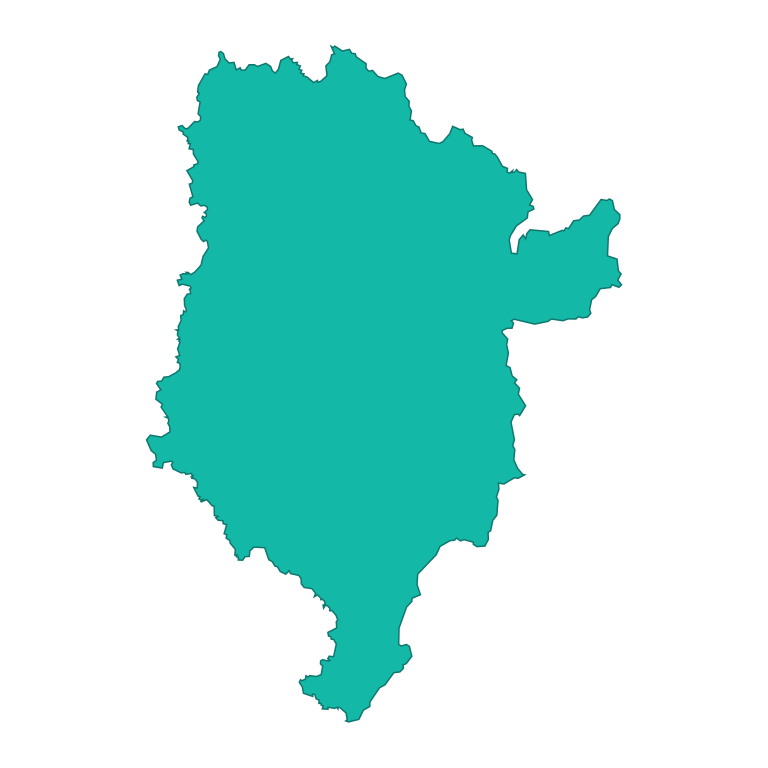 the district of Santa Catarina, Santa Catarina, Cabo Verde
{"feature_id": "66160863B9089914822408", "entity_name": "Santa Catarina", "entity_type": "district", "adm_level": 2, "iso_a3": "CPV", "parent_name": "Cabo Verde", "parent_adm1": "Santa Catarina", "projection": "mercator", "projection_center": [-23.734, 15.091], "detail": "fine", "context": "isolated", "style": "filled", "palette": "teal", "viewbox_px": 768, "rotation_deg": 0, "n_neighbors": 0, "source": "geoboundaries", "source_scale": "gbopen_adm2", "svg_char_len": 6048}
<svg xmlns="http://www.w3.org/2000/svg" viewBox="0 0 768 768"><path d="M406.4,83.9L402.0,75.2L398.2,73.1L384.8,78.5L377.9,76.5L372.5,70.4L368.6,71.2L366.0,68.1L366.1,63.7L356.3,56.9L355.2,53.7L351.7,53.3L349.5,49.4L342.3,51.0L334.8,46.1L333.2,47.6L331.2,46.4L334.6,54.0L331.7,54.7L329.9,61.8L325.9,65.9L327.0,75.7L320.5,81.5L317.9,82.3L317.4,80.5L313.6,82.6L307.2,77.1L303.1,75.7L304.0,73.9L300.6,73.1L301.8,70.3L299.0,69.5L300.3,66.0L296.7,64.5L297.4,62.4L293.0,62.7L291.6,60.1L292.6,58.7L290.4,59.0L288.5,56.5L280.8,60.4L278.5,69.1L275.4,73.1L272.4,71.0L270.6,66.4L265.9,63.4L257.4,66.5L254.3,64.7L249.0,64.8L245.3,70.0L241.2,70.2L240.2,67.8L236.3,69.9L234.0,62.4L229.2,63.0L224.9,58.8L223.5,53.7L220.9,51.6L219.1,52.2L218.6,55.8L220.3,59.2L217.1,66.6L209.4,70.1L207.7,74.5L205.1,73.8L198.4,85.6L197.6,92.3L199.3,93.1L196.8,97.4L197.3,100.4L200.1,102.0L198.1,113.9L200.7,116.6L200.3,120.3L197.7,122.1L194.6,121.5L188.0,128.3L185.3,128.8L182.1,125.5L178.3,126.8L179.1,129.9L183.2,132.0L183.2,134.2L187.6,137.2L187.8,140.4L186.5,141.0L188.5,141.1L188.2,143.6L190.3,143.6L189.1,148.8L193.3,149.5L193.4,154.0L198.2,161.9L197.4,163.8L193.9,164.9L193.9,166.7L186.9,170.6L192.8,180.8L192.0,183.4L189.3,184.1L192.9,196.8L190.1,198.1L189.2,202.0L190.7,205.2L197.6,203.1L200.7,205.9L204.6,205.4L207.2,207.1L207.5,209.6L204.2,212.6L206.2,213.5L206.4,216.1L205.1,217.4L202.6,216.3L202.0,217.8L204.1,220.8L197.7,226.9L197.0,231.3L201.2,239.4L203.6,241.6L205.6,240.1L207.4,241.4L208.5,247.9L203.1,256.4L201.0,265.2L194.9,272.0L190.8,274.7L188.1,272.4L186.4,272.4L187.8,273.5L186.7,274.0L183.0,273.7L180.1,275.1L181.9,279.3L177.3,280.2L179.2,285.6L182.3,284.2L189.9,286.0L191.2,287.9L188.9,289.8L190.1,289.5L190.6,293.9L187.3,294.1L184.3,298.7L184.6,305.5L186.6,310.2L185.3,311.9L183.6,310.8L183.2,314.7L180.7,315.5L181.1,320.6L178.2,326.7L178.8,329.7L176.3,330.0L178.0,330.9L177.4,334.9L179.5,338.0L177.7,339.2L179.9,339.6L178.9,341.1L180.0,342.2L177.6,348.8L179.7,355.5L175.9,356.9L178.5,359.5L177.3,362.4L179.8,363.4L180.2,367.0L179.5,369.7L175.5,373.0L168.4,376.8L164.0,377.1L161.5,381.2L157.7,381.4L156.5,383.5L160.9,389.9L156.7,392.1L155.9,399.3L162.4,404.1L161.1,407.1L167.7,416.7L165.6,417.1L168.1,418.1L168.9,420.5L167.9,423.3L169.8,426.9L169.9,431.9L161.5,437.1L150.3,435.2L146.5,439.8L151.2,450.6L155.7,454.4L156.4,460.4L153.2,462.5L153.3,466.6L162.3,468.1L163.4,462.6L171.3,461.2L172.9,462.3L171.3,464.8L173.1,469.0L181.3,472.9L184.8,472.4L185.8,474.4L191.5,473.4L192.3,476.3L190.5,477.2L193.0,476.1L192.0,478.3L195.1,478.9L197.5,482.4L197.2,488.0L193.7,487.4L198.1,496.2L200.1,496.6L198.9,499.0L201.4,500.2L203.7,499.0L200.8,501.4L201.4,501.8L206.8,499.6L212.1,505.8L214.1,505.9L214.4,515.6L218.1,516.4L215.8,517.7L218.2,520.3L222.9,520.7L223.1,523.6L226.7,524.7L224.1,533.7L226.7,534.6L226.2,538.2L229.9,540.5L230.1,543.0L235.4,549.5L234.8,555.1L237.2,555.1L236.3,556.7L238.4,557.3L238.2,560.0L242.7,560.2L245.0,556.7L249.3,556.4L249.9,550.9L253.9,547.1L264.7,547.7L268.8,559.7L272.4,561.7L274.9,566.1L277.5,566.8L280.2,571.5L285.8,574.2L289.1,570.7L290.6,573.6L298.8,575.4L301.1,578.7L301.4,584.0L304.2,587.5L311.9,588.6L315.6,593.3L314.3,596.7L317.5,594.9L321.4,598.8L320.3,600.1L322.0,599.1L324.5,601.1L325.2,603.8L323.1,605.1L323.6,608.1L325.4,605.2L327.6,605.9L329.7,608.0L329.8,610.8L332.0,610.6L336.1,615.4L337.7,620.0L336.3,621.7L336.7,627.9L327.9,632.4L328.5,636.0L330.6,636.5L331.3,639.2L333.7,639.4L336.3,644.1L333.6,656.7L329.2,656.2L327.8,658.7L330.0,660.4L329.0,661.1L322.5,659.7L320.6,660.9L320.5,664.0L322.7,665.9L321.2,674.6L316.5,676.5L309.6,675.6L308.4,677.1L306.0,675.7L305.4,679.2L301.9,680.7L300.5,679.7L299.3,682.3L302.3,686.9L303.5,693.3L312.7,696.4L312.6,694.2L314.7,694.4L316.2,698.9L319.0,700.0L318.9,703.4L320.9,703.2L321.2,705.2L323.2,705.8L322.3,708.9L328.0,709.2L328.0,707.2L334.3,708.4L337.0,707.4L337.9,708.8L338.0,707.4L339.7,707.4L346.1,713.0L347.2,719.9L345.8,720.9L348.6,721.9L358.8,719.4L363.4,710.1L369.8,706.5L369.9,702.0L379.6,687.7L385.0,684.8L393.8,672.7L399.9,671.9L403.4,668.4L403.0,664.9L406.2,663.7L411.8,656.3L409.4,646.4L406.5,644.5L401.1,646.0L398.7,644.5L399.0,628.1L406.6,607.0L411.8,601.5L412.0,598.3L420.4,594.7L417.0,584.6L417.7,574.1L436.3,554.6L440.1,546.3L450.2,540.6L454.6,540.2L456.3,538.1L460.6,540.9L463.9,539.6L473.3,542.2L473.3,544.3L476.9,546.6L484.9,546.1L488.3,539.6L488.1,532.3L490.6,530.8L492.8,520.3L496.8,515.3L498.0,500.3L496.4,497.0L498.9,489.4L498.4,483.1L503.9,484.0L514.3,477.8L518.1,478.3L524.6,474.8L522.5,474.3L517.6,468.3L513.8,459.9L514.8,449.6L512.7,445.5L514.4,439.8L511.0,422.1L514.4,414.6L518.0,414.1L519.6,415.6L525.6,405.8L518.3,394.2L519.5,388.3L514.5,382.7L516.8,379.8L512.1,375.8L510.1,367.7L506.1,365.5L508.4,353.0L506.6,344.8L507.7,339.1L502.3,333.1L502.0,330.7L507.1,328.2L512.0,328.2L513.5,323.2L511.3,320.8L514.1,319.2L534.7,324.1L547.9,321.4L551.4,319.0L562.8,320.7L568.3,318.9L575.9,319.0L578.5,316.7L582.3,317.9L587.7,317.0L590.8,313.3L589.6,309.7L591.6,299.7L595.6,296.6L600.2,288.7L610.5,287.5L612.0,284.7L619.0,287.3L621.5,284.8L617.7,280.0L621.1,274.0L618.4,270.9L617.0,259.1L607.5,255.9L608.3,236.6L612.4,228.4L618.1,223.6L619.8,218.9L619.8,214.6L614.4,209.6L612.4,200.6L609.4,199.0L607.0,200.5L601.1,199.5L589.5,215.3L583.6,216.0L579.3,220.0L573.6,220.8L568.6,228.6L565.9,227.9L563.8,231.0L562.2,230.3L549.3,235.6L548.6,231.5L530.0,229.8L526.9,233.5L525.6,239.0L523.2,234.9L519.2,239.7L517.0,253.8L511.4,253.2L509.2,240.0L510.5,235.5L516.4,225.9L527.3,217.9L528.0,211.9L533.9,209.0L533.2,206.4L529.6,205.0L532.5,199.6L526.6,189.9L525.4,173.4L518.5,172.0L516.7,169.6L514.3,172.3L512.0,172.5L512.6,170.7L509.5,173.2L507.1,171.9L507.5,168.4L502.4,166.3L497.5,157.4L495.0,154.1L492.4,153.5L491.8,151.2L482.7,145.8L473.4,145.9L471.6,139.9L472.4,137.5L465.0,133.4L463.1,129.1L460.2,129.7L452.7,126.3L449.7,133.8L442.9,141.7L439.1,143.5L429.4,141.3L425.0,133.6L421.2,133.0L418.9,127.0L416.0,125.8L413.2,120.7L410.1,120.0L411.4,110.9L408.9,106.1L409.2,101.2L405.2,96.7L404.5,90.1L406.4,83.9Z" fill="#14b8a6" stroke="#0f766e" stroke-width="1.5"/></svg>